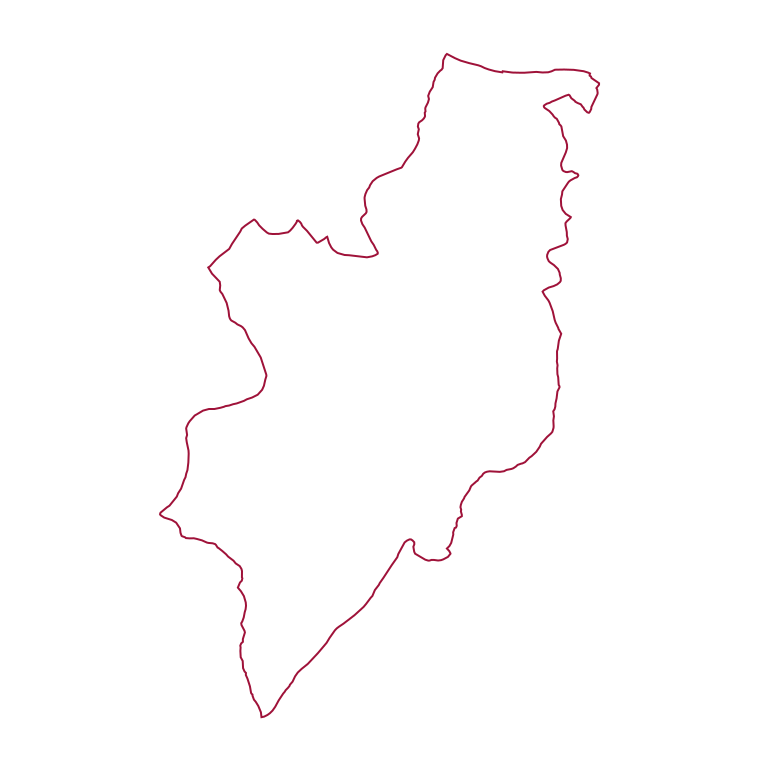 Kerkebet, Anseba, Eritrea, rotated 267°
{"feature_id": "51966322B98400180511849", "entity_name": "Kerkebet", "entity_type": "district", "adm_level": 2, "iso_a3": "ERI", "parent_name": "Eritrea", "parent_adm1": "Anseba", "projection": "robinson", "projection_center": [37.597, 16.113], "detail": "fine", "context": "isolated", "style": "outline", "palette": "rose", "viewbox_px": 768, "rotation_deg": 267, "n_neighbors": 0, "source": "geoboundaries", "source_scale": "gbopen_adm2", "svg_char_len": 6141}
<svg xmlns="http://www.w3.org/2000/svg" viewBox="0 0 768 768"><g transform="rotate(267 384 384)"><path d="M509.6,214.6L503.2,218.0L494.7,225.3L491.0,225.6L486.4,224.9L484.8,225.5L482.3,227.3L473.2,231.1L465.3,232.6L459.8,232.9L457.5,233.5L455.9,234.4L455.3,235.0L453.0,238.7L451.2,240.7L449.3,244.2L448.0,245.8L445.1,248.0L436.6,251.2L431.6,253.8L427.9,256.6L416.9,262.3L399.7,266.9L398.2,267.0L394.6,265.7L388.5,264.0L384.6,262.0L379.9,257.3L377.4,251.6L375.9,246.2L374.5,243.3L372.3,235.9L371.7,232.2L370.6,228.2L370.2,224.5L369.6,222.9L368.8,219.3L367.9,213.3L368.2,207.9L366.9,201.9L362.4,193.3L357.1,188.1L355.0,186.5L351.2,184.5L349.9,184.1L343.4,184.7L340.3,183.6L336.1,184.0L327.8,185.3L324.6,185.3L315.8,184.5L308.3,183.2L304.8,181.8L301.3,180.9L298.7,179.4L290.1,175.9L285.7,172.7L282.4,171.2L273.7,163.4L272.2,160.8L267.2,154.1L265.7,153.5L264.7,154.0L262.1,157.5L259.3,165.0L256.4,169.2L250.5,172.7L246.0,173.0L243.0,173.9L242.5,174.5L241.4,177.2L240.5,178.1L240.0,182.0L239.9,186.0L239.1,188.9L237.4,194.0L234.9,198.9L234.5,200.3L233.9,204.5L233.0,206.9L232.2,207.7L229.3,209.3L229.1,209.9L225.7,213.8L222.2,217.4L219.8,219.3L215.4,224.5L212.6,226.5L209.7,230.4L206.7,232.0L204.6,232.4L198.3,232.0L197.4,232.4L195.0,231.7L193.3,229.8L188.3,227.4L184.5,230.3L179.5,233.0L173.1,234.5L169.8,234.6L166.3,234.0L163.5,233.0L158.2,231.7L154.2,230.0L152.6,228.9L150.7,229.1L144.8,231.8L143.1,232.1L136.6,229.7L133.9,229.6L132.4,227.8L130.3,226.8L128.3,227.0L125.0,226.6L118.6,226.6L114.8,228.4L107.6,228.4L104.2,229.7L102.7,231.0L100.6,230.8L97.0,232.2L89.1,234.3L82.4,235.1L81.5,235.6L80.8,236.4L79.5,236.4L75.6,237.6L73.3,239.3L69.1,241.6L62.6,243.9L57.7,244.2L58.1,246.9L59.6,250.3L61.2,252.8L63.7,255.6L67.4,258.5L73.6,262.3L80.1,267.1L81.9,268.8L83.3,269.7L85.7,272.3L87.5,273.9L88.6,274.3L91.5,277.1L96.7,279.9L100.4,282.8L103.8,286.8L108.5,293.3L118.8,304.0L128.5,313.1L133.5,316.5L140.6,322.1L142.4,324.0L144.0,326.3L146.8,331.0L154.8,342.6L162.5,352.0L165.3,354.6L171.3,359.6L172.9,361.3L178.7,364.1L183.7,368.4L185.4,369.3L190.5,373.3L202.8,382.3L210.3,388.2L213.5,389.4L224.7,396.3L226.4,398.7L227.5,401.4L227.4,402.8L226.3,404.3L224.4,405.9L222.4,405.9L219.9,404.8L214.9,405.4L212.9,406.2L206.4,416.0L205.3,419.0L205.3,420.3L205.8,422.1L205.7,424.6L204.9,428.8L205.1,431.8L205.8,434.1L208.0,438.8L211.0,441.5L211.4,441.5L213.8,440.4L216.4,438.2L218.7,440.8L221.8,442.8L230.0,445.3L232.3,445.3L236.4,447.0L236.9,448.4L237.9,448.9L238.6,449.2L241.4,449.1L245.7,450.7L247.9,454.8L249.2,454.9L252.8,454.1L254.3,454.5L257.0,453.9L259.2,454.4L262.3,455.6L265.5,457.9L267.1,458.6L273.3,463.6L277.2,465.5L278.0,466.2L282.0,471.3L282.6,472.4L285.5,474.5L287.1,476.9L289.2,478.4L290.4,480.2L291.0,482.2L291.3,484.9L290.2,495.1L290.6,499.3L291.8,501.9L292.5,506.8L293.1,508.7L294.6,511.3L296.2,513.2L297.2,516.5L297.5,518.2L298.6,520.8L302.8,525.3L304.2,527.6L308.3,532.5L313.3,536.3L316.1,537.7L322.6,544.1L325.9,548.2L327.4,549.6L331.3,551.0L333.0,551.2L338.8,551.2L342.8,552.0L347.9,551.6L349.8,553.0L352.5,553.9L355.6,554.2L360.6,555.6L367.5,556.8L371.5,559.1L372.6,559.1L374.0,558.4L381.7,558.3L384.7,557.7L390.6,557.8L393.6,558.3L397.4,557.8L400.2,558.2L407.7,558.5L409.8,559.3L418.1,560.9L424.9,563.6L429.9,561.1L431.0,560.9L436.3,558.6L439.1,557.8L447.9,556.3L456.5,553.6L458.9,552.5L463.7,549.2L467.9,547.2L469.2,548.5L471.7,553.6L472.9,558.5L474.4,562.2L476.5,565.0L477.8,565.9L480.4,566.1L483.9,565.3L485.9,565.2L489.8,563.7L493.9,559.9L496.5,556.5L498.0,555.0L500.7,553.9L502.5,553.5L504.4,553.7L507.4,555.1L509.1,556.9L513.6,570.9L514.4,572.6L515.7,574.2L519.1,575.1L522.5,574.4L526.1,574.5L532.8,573.6L535.1,573.6L536.7,574.9L540.0,578.8L540.9,579.3L544.4,574.4L548.4,571.5L552.6,570.3L559.4,570.3L563.9,571.7L567.1,572.2L574.8,577.9L576.4,579.2L577.6,580.9L579.7,585.2L580.4,587.6L581.4,588.6L582.3,589.0L583.8,588.2L584.6,585.7L585.8,584.3L586.7,582.7L586.0,578.0L586.2,576.6L587.3,574.3L588.5,573.3L592.8,572.3L595.5,572.6L605.8,577.7L610.0,579.2L613.4,579.3L617.6,578.4L622.1,575.9L631.9,574.6L633.0,573.9L634.2,572.7L635.7,572.4L639.8,570.4L641.0,568.7L642.6,567.4L644.2,566.5L647.9,563.4L651.3,558.9L652.2,558.3L653.2,558.1L653.9,558.6L655.4,561.2L656.1,564.1L657.3,566.5L658.2,569.4L662.4,580.4L663.2,583.6L662.5,584.5L659.6,586.0L656.8,589.3L655.9,589.8L654.5,592.0L653.0,595.2L650.3,596.9L649.7,597.6L647.6,598.5L644.7,601.2L644.1,602.8L644.9,603.7L647.7,605.3L649.8,605.6L662.2,612.3L663.4,612.6L667.0,612.3L668.4,611.6L671.6,614.4L673.1,614.5L678.7,607.2L680.2,606.8L681.2,605.5L682.4,605.6L683.3,606.0L684.3,604.1L685.9,599.8L687.8,589.9L688.6,580.4L688.9,571.2L687.5,567.7L686.7,564.3L686.8,558.5L687.7,552.5L687.5,540.8L687.7,536.5L688.3,528.5L690.1,518.9L689.0,518.5L690.6,511.2L692.6,505.1L694.3,501.0L696.2,497.6L697.3,494.9L700.0,485.8L702.9,477.5L705.7,471.9L710.3,464.1L709.1,462.8L704.3,460.1L696.3,459.1L694.8,457.9L694.0,456.6L691.4,453.8L687.2,451.0L685.1,450.5L683.1,449.3L677.9,448.2L673.5,445.0L669.4,443.2L666.2,443.8L662.7,442.6L658.0,439.9L656.7,439.6L654.0,439.7L652.8,438.9L649.4,439.0L648.6,438.7L647.1,437.7L645.4,435.9L643.5,432.8L642.2,431.9L639.3,431.3L636.6,432.1L631.7,430.8L627.4,431.9L625.4,431.5L621.5,429.8L617.2,427.2L613.9,424.9L608.6,419.8L605.0,416.9L599.5,413.2L599.1,412.6L597.7,407.9L591.5,390.1L590.2,387.5L587.1,383.3L583.3,380.5L581.0,379.5L578.5,377.3L574.7,375.4L571.5,374.4L570.1,374.3L563.0,374.6L559.2,375.6L556.8,375.6L555.4,374.8L552.1,370.9L550.5,369.8L548.5,369.6L544.7,370.8L541.2,372.9L527.1,378.8L523.5,381.0L518.4,383.2L516.9,384.2L515.3,384.7L514.4,384.5L513.1,382.1L512.1,378.9L511.4,373.6L514.4,356.0L514.9,351.4L517.3,344.4L520.8,340.2L523.2,338.5L527.7,336.5L534.0,335.0L533.7,334.2L531.9,331.8L528.6,325.4L528.7,324.1L541.0,315.1L545.2,311.3L546.6,310.4L548.6,309.7L550.4,308.4L551.9,306.6L551.5,305.6L550.7,305.5L548.6,304.1L544.7,300.9L542.1,298.3L540.5,296.1L539.4,286.7L539.6,280.6L540.2,276.9L541.4,275.0L545.3,270.9L549.0,267.6L551.9,265.9L554.2,264.0L554.8,263.4L555.0,262.7L549.4,253.7L546.7,250.1L543.7,248.4L531.8,239.5L527.0,236.5L520.1,226.4L516.8,222.5L510.7,216.5L509.6,214.6Z" fill="none" stroke="#9f1239" stroke-width="2"/></g></svg>